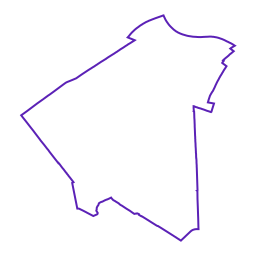 outline of Zoeterwoude, Zuid-Holland, Netherlands
{"feature_id": "6326949B96348311169789", "entity_name": "Zoeterwoude", "entity_type": "district", "adm_level": 2, "iso_a3": "NLD", "parent_name": "Netherlands", "parent_adm1": "Zuid-Holland", "projection": "equal_earth", "projection_center": [4.519, 52.114], "detail": "fine", "context": "isolated", "style": "outline", "palette": "violet", "viewbox_px": 256, "rotation_deg": 0, "n_neighbors": 0, "source": "geoboundaries", "source_scale": "gbopen_adm2", "svg_char_len": 5428}
<svg xmlns="http://www.w3.org/2000/svg" viewBox="0 0 256 256"><path d="M234.8,45.7L234.3,45.4L233.5,44.8L231.3,43.5L230.9,43.3L228.8,42.3L228.1,41.9L226.9,41.4L225.0,40.4L224.2,40.0L222.1,39.1L221.6,38.9L220.6,38.6L219.5,38.2L218.3,37.8L216.7,37.4L216.2,37.3L214.4,37.0L213.5,36.8L212.7,36.8L212.0,36.7L211.0,36.6L210.6,36.6L210.3,36.6L209.5,36.6L208.1,36.7L205.9,36.8L203.6,36.9L202.2,37.0L200.8,37.1L200.5,37.1L197.1,37.0L196.4,36.9L192.9,36.7L190.4,36.3L188.9,36.1L188.4,36.0L187.4,35.8L186.6,35.6L185.9,35.4L183.9,34.8L182.5,34.4L180.7,33.7L179.7,33.3L178.5,32.7L177.8,32.4L176.9,31.8L176.3,31.5L176.1,31.4L175.2,30.7L173.6,29.5L173.1,29.0L171.6,27.6L170.8,26.8L170.1,26.1L168.8,24.6L167.8,23.2L166.8,21.8L166.1,20.7L165.4,19.5L164.8,18.2L164.1,16.8L164.1,16.7L163.6,15.7L163.5,15.4L163.0,15.5L162.9,15.6L155.5,18.2L153.4,19.0L152.3,19.4L151.1,19.9L150.1,20.3L149.2,20.6L147.6,21.4L146.4,21.9L145.8,22.2L144.6,22.9L143.9,23.3L143.0,23.8L142.0,24.5L141.9,24.5L140.8,25.2L139.6,26.0L138.5,26.9L137.9,27.3L136.4,28.4L134.6,29.9L133.8,30.7L132.1,32.3L131.7,32.7L131.1,33.4L130.3,34.3L129.2,35.7L128.5,36.5L127.7,37.4L130.9,38.7L131.0,38.7L134.4,40.1L134.2,40.2L134.5,40.4L131.8,42.1L130.7,42.8L129.3,43.7L128.6,44.0L127.9,44.5L127.6,44.7L127.4,44.9L126.6,45.4L125.6,46.0L124.0,47.1L123.1,47.7L120.8,49.1L120.0,49.6L119.8,49.8L119.1,50.3L118.4,50.7L117.2,51.6L115.7,52.5L114.1,53.6L113.1,54.2L110.7,55.7L109.3,56.6L108.4,57.1L107.9,57.5L106.4,58.5L106.2,58.6L105.8,59.0L105.7,59.1L105.2,59.3L103.3,60.5L101.3,61.7L99.2,63.1L98.1,63.8L97.3,64.4L96.0,65.2L94.1,66.5L92.9,67.2L91.8,67.9L91.2,68.3L89.9,69.1L88.3,70.1L86.8,71.1L82.4,74.0L80.5,75.3L76.2,78.3L72.2,80.0L69.0,81.3L67.2,82.0L65.8,82.7L63.3,84.5L56.7,89.4L53.6,91.7L49.2,94.9L48.5,95.3L42.2,99.9L39.1,102.1L37.4,103.3L26.9,111.2L21.2,115.3L23.2,117.9L25.2,120.4L30.8,127.6L33.5,131.0L34.3,132.1L36.8,135.4L39.7,139.2L40.7,140.6L44.2,144.9L47.2,148.8L48.1,149.8L48.6,150.5L49.5,151.8L53.3,156.7L55.8,159.9L56.6,160.9L58.3,163.1L58.5,162.9L59.0,163.5L59.7,164.3L61.3,166.5L62.6,168.2L63.4,169.1L65.8,172.3L66.0,172.5L66.3,172.9L66.5,173.0L66.6,173.3L67.2,174.1L68.0,175.0L68.5,175.8L69.9,177.5L71.2,179.2L71.9,180.1L73.5,182.2L72.2,182.8L72.2,183.0L77.3,208.6L77.7,208.6L78.4,208.6L78.8,208.6L79.0,208.7L79.8,209.0L80.1,209.2L83.0,210.6L85.9,212.1L86.3,212.3L86.8,212.6L93.3,216.0L97.0,214.4L97.2,214.2L97.3,214.1L97.5,213.9L97.6,213.4L97.7,213.2L97.7,212.9L97.6,212.7L97.1,212.0L96.9,211.6L96.5,211.1L96.4,210.9L96.3,210.7L96.5,210.0L96.6,209.6L96.7,209.4L96.7,209.2L96.7,208.5L96.7,208.3L96.8,207.8L96.8,207.6L96.9,207.4L97.1,207.0L97.3,206.6L97.4,206.3L98.1,205.5L98.3,205.2L98.4,204.8L98.5,204.6L98.7,204.0L98.8,203.5L99.0,203.2L100.6,202.2L101.2,202.0L101.6,201.8L101.9,201.8L102.7,201.5L103.0,201.3L104.9,200.3L105.2,200.2L105.7,200.0L106.5,199.6L107.1,199.5L107.8,199.2L108.2,199.0L108.7,198.8L111.1,197.6L111.5,198.2L112.3,199.1L112.6,199.4L113.0,199.9L113.4,200.2L113.8,200.4L115.1,201.1L115.8,201.6L117.8,202.8L118.6,203.3L118.8,203.4L118.9,203.5L119.1,203.8L119.5,204.1L119.9,204.5L120.5,204.9L120.6,205.0L121.0,205.2L121.6,205.5L121.8,205.6L122.4,206.0L123.9,207.0L126.3,208.6L129.9,210.8L132.1,212.4L134.3,213.9L136.3,213.5L136.6,213.6L137.0,213.4L137.3,213.4L138.5,213.9L139.0,214.2L138.9,214.8L141.4,216.3L141.5,216.3L141.6,216.2L141.8,216.3L143.3,217.2L149.7,221.2L150.3,221.6L154.6,224.3L156.0,225.2L157.4,226.0L157.9,226.0L158.3,226.2L159.3,226.9L160.2,227.4L167.8,232.2L171.9,234.8L180.9,240.6L190.7,231.3L191.0,231.1L191.4,230.7L191.6,230.6L192.1,230.3L192.6,230.0L192.9,229.9L193.4,229.7L193.7,229.6L194.2,229.5L194.6,229.3L195.0,229.3L195.7,229.2L196.0,229.1L196.3,229.1L196.7,229.1L198.5,229.1L198.4,226.6L198.2,218.2L198.1,215.8L197.8,206.8L197.5,199.0L197.4,190.9L197.1,190.7L197.3,190.6L197.4,190.4L197.5,190.3L197.5,189.8L196.8,168.5L196.8,168.3L196.7,166.6L196.7,165.4L196.6,164.1L196.5,162.5L196.5,160.8L196.4,159.4L196.3,158.4L196.3,158.2L196.2,158.1L196.1,156.2L196.1,154.9L196.0,153.1L195.9,152.8L195.9,151.9L195.9,151.2L195.8,150.2L195.8,149.2L195.6,146.5L195.5,143.4L195.3,141.0L195.3,139.3L195.2,138.5L195.2,137.2L195.2,136.9L195.1,136.0L194.9,130.7L194.8,128.6L194.7,126.7L194.7,125.1L194.6,122.8L194.5,119.9L194.4,118.8L194.3,117.1L194.3,116.4L194.2,113.1L194.1,111.8L194.1,111.4L193.9,111.3L193.8,111.2L193.6,111.1L193.8,110.7L193.6,108.1L193.6,106.2L194.2,106.3L194.5,106.4L195.0,106.7L195.2,106.8L195.4,106.9L196.0,107.1L197.5,107.5L198.0,107.8L201.0,108.6L201.7,108.9L202.3,109.1L203.6,109.5L204.4,109.8L205.0,110.0L205.4,110.2L206.0,110.4L206.7,110.7L208.1,111.1L208.6,111.3L209.1,111.4L210.1,111.8L211.0,112.1L211.4,111.8L213.0,106.6L213.7,104.5L214.0,103.5L209.0,102.6L207.9,102.4L208.6,99.9L209.7,96.6L209.8,96.3L209.9,95.9L210.6,94.6L211.1,93.7L212.2,91.9L212.6,91.4L213.1,90.6L213.7,89.3L214.6,87.5L215.1,86.4L215.5,85.4L216.2,84.0L216.6,83.1L217.1,82.1L217.3,81.7L218.0,80.4L218.5,79.6L219.4,77.8L219.6,77.4L219.9,77.0L220.4,76.0L220.9,75.3L221.3,74.6L221.5,74.3L221.7,74.0L222.4,72.7L222.9,72.0L223.2,71.4L223.9,70.2L224.6,69.1L225.0,68.6L225.3,68.1L226.5,66.2L225.6,65.5L225.3,65.3L225.0,65.0L224.7,64.8L223.6,64.0L223.2,63.7L222.2,62.9L222.3,62.6L223.0,61.8L223.1,61.6L223.7,60.9L223.0,60.4L223.8,59.6L225.1,58.5L225.4,58.2L225.9,57.8L226.8,57.1L228.7,55.5L229.0,55.2L229.7,54.4L230.7,53.7L231.8,52.8L233.7,51.2L232.4,50.2L230.3,48.6L230.7,48.3L231.0,48.0L234.8,45.7Z" fill="none" stroke="#5b21b6" stroke-width="2"/></svg>